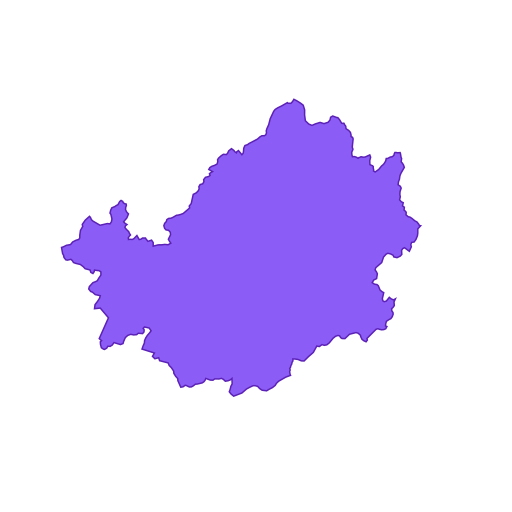 outline of Jerantut, Pahang, Malaysia, rotated 48°
{"feature_id": "92858781B18339216088795", "entity_name": "Jerantut", "entity_type": "district", "adm_level": 2, "iso_a3": "MYS", "parent_name": "Malaysia", "parent_adm1": "Pahang", "projection": "natural_earth1", "projection_center": [102.515, 4.261], "detail": "fine", "context": "isolated", "style": "filled", "palette": "violet", "viewbox_px": 512, "rotation_deg": 48, "n_neighbors": 0, "source": "geoboundaries", "source_scale": "gbopen_adm2", "svg_char_len": 6145}
<svg xmlns="http://www.w3.org/2000/svg" viewBox="0 0 512 512"><g transform="rotate(48 256 256)"><path d="M289.4,86.5L287.1,85.5L285.0,85.1L283.2,85.1L280.9,82.5L279.8,82.2L276.7,80.2L275.6,79.7L273.9,81.9L272.8,82.6L272.0,83.5L272.6,85.0L273.3,85.8L273.5,86.9L273.3,88.5L272.3,90.0L271.6,92.9L270.7,94.0L272.0,95.8L272.6,97.4L273.1,99.3L273.2,101.1L273.1,102.4L273.8,106.8L273.3,111.2L271.5,111.8L270.8,111.0L268.8,109.8L268.0,109.0L267.0,109.0L264.3,110.2L261.2,107.6L259.3,104.7L257.0,103.8L255.5,108.6L254.8,109.6L254.0,110.5L253.1,111.0L252.4,111.8L252.2,112.8L251.7,113.6L251.7,114.7L251.1,115.0L250.1,115.1L248.0,116.3L246.7,117.9L245.1,117.1L243.2,115.7L242.5,114.6L241.9,113.1L241.4,112.4L240.4,112.1L239.3,111.4L234.0,105.5L232.7,104.9L232.0,104.9L231.4,105.4L230.5,105.3L229.9,104.5L227.3,103.1L224.6,103.1L221.8,103.9L220.9,103.5L220.3,102.9L219.4,102.4L217.5,102.3L216.3,101.8L215.7,102.3L215.3,103.0L214.6,103.5L210.6,102.7L207.9,102.6L207.0,103.4L203.3,105.3L202.8,107.7L204.4,109.9L204.9,112.9L203.1,116.9L199.6,119.0L197.5,123.6L196.4,127.0L193.2,128.5L188.5,128.8L183.7,125.5L180.0,122.1L175.5,120.0L172.3,120.6L168.0,121.8L164.9,123.0L165.7,125.5L165.9,127.9L163.8,130.1L163.0,130.1L161.6,136.6L160.4,140.7L159.9,143.8L160.3,146.0L163.5,153.6L166.9,158.7L168.6,162.6L169.8,164.6L171.5,165.8L172.5,167.7L172.2,169.3L170.6,171.1L170.1,173.4L170.1,176.6L167.7,186.0L167.6,187.7L166.5,190.3L167.7,193.0L169.8,195.2L171.1,196.9L171.3,198.7L165.9,198.5L165.7,200.7L166.2,201.5L164.3,202.0L162.8,201.8L159.8,202.4L159.6,206.0L160.6,208.3L160.8,210.1L158.6,212.2L158.2,214.8L158.2,218.3L158.7,220.1L160.3,221.3L161.6,223.4L160.9,226.2L159.8,228.7L159.4,231.1L160.1,233.2L164.2,231.8L163.7,234.4L163.7,235.6L165.4,236.2L165.2,238.1L163.7,240.9L164.2,243.8L165.9,245.0L166.7,247.3L165.5,249.7L166.2,252.0L168.1,253.4L168.9,255.4L169.1,258.1L168.2,261.4L173.7,269.1L174.2,272.2L175.9,273.2L175.7,281.6L174.7,284.2L173.5,286.5L172.5,287.9L171.8,291.4L171.1,293.8L169.6,295.8L169.3,297.9L170.4,299.7L170.6,302.0L171.8,304.2L174.3,305.4L176.4,305.4L178.4,303.8L181.0,303.8L183.0,305.2L184.9,309.9L187.4,310.5L189.5,310.7L188.8,313.8L186.4,316.0L184.5,318.7L182.3,321.2L179.9,325.8L177.2,323.4L174.3,323.0L172.8,326.5L169.3,326.3L168.7,326.1L166.7,328.3L166.5,330.3L165.6,331.8L161.1,330.8L161.4,335.3L160.9,336.9L159.4,338.3L158.4,339.7L157.0,338.7L156.5,336.8L156.4,335.2L154.3,334.9L152.8,334.3L149.1,334.5L147.0,334.3L146.2,332.8L146.3,330.8L144.4,331.4L142.0,331.5L141.3,326.5L139.4,322.6L137.0,322.7L134.3,322.0L132.5,320.1L131.8,318.6L130.5,317.7L129.3,318.6L127.5,319.0L126.3,318.5L124.4,319.1L124.3,320.9L125.5,324.2L125.0,326.0L124.8,327.8L123.7,330.9L124.7,333.3L126.4,335.8L128.0,336.0L132.1,338.3L133.9,340.7L134.4,343.0L132.4,344.8L128.8,351.3L121.0,353.8L118.8,354.0L116.6,353.2L115.1,353.2L115.1,358.9L116.3,364.0L118.1,365.0L119.5,369.3L122.6,373.0L124.6,374.8L125.1,376.6L123.9,379.1L122.9,382.8L123.4,386.2L121.2,389.7L120.3,393.0L119.5,394.8L124.8,398.1L126.6,398.5L128.7,399.7L131.6,399.9L132.9,398.9L134.6,395.8L136.5,395.6L138.7,396.0L140.7,395.0L144.8,392.2L148.4,391.5L151.1,391.5L155.3,388.7L157.7,389.7L159.9,388.9L159.4,386.8L158.4,385.4L160.2,384.0L161.9,382.4L164.0,381.9L166.4,384.0L167.2,387.5L168.2,390.5L167.7,392.4L166.7,395.0L167.2,400.3L168.6,402.4L171.8,402.6L173.5,401.7L177.1,401.3L181.3,398.3L182.7,400.5L183.7,404.2L184.4,408.1L187.1,411.3L190.5,406.6L203.2,407.0L212.5,427.8L215.6,427.4L215.6,429.1L217.6,430.7L220.7,432.3L223.1,431.7L224.1,431.1L224.6,428.5L223.9,426.6L225.6,424.8L226.0,422.3L225.3,419.5L231.1,416.0L232.1,413.4L230.9,411.5L229.2,407.7L229.2,404.4L230.4,401.5L232.8,399.7L234.6,397.3L234.6,395.2L237.8,392.2L237.5,390.1L236.0,388.5L234.3,388.3L234.1,386.4L238.0,383.6L241.4,384.0L241.9,386.6L242.3,389.9L243.1,392.8L244.3,395.4L246.0,397.2L247.2,399.9L248.9,403.0L260.1,396.4L261.3,400.1L264.7,399.9L266.5,396.4L269.3,397.7L276.7,392.8L279.3,393.8L282.3,393.6L286.4,394.2L288.3,395.6L291.7,396.2L294.7,396.2L296.4,397.5L303.2,399.7L304.4,397.7L304.7,395.2L305.3,394.6L308.7,393.2L310.0,391.7L310.5,389.7L310.7,386.8L311.7,385.6L314.3,380.9L314.6,378.9L314.3,377.1L313.4,375.2L317.6,373.0L319.5,371.1L319.7,368.9L322.6,365.8L323.8,363.6L325.8,362.8L328.5,362.6L330.0,360.3L330.9,357.9L330.9,355.8L335.1,359.3L336.0,361.8L337.9,364.6L339.0,366.7L341.8,366.9L345.2,366.4L348.4,358.1L348.5,352.0L349.4,348.3L350.4,345.0L351.8,343.4L354.0,342.0L356.9,342.0L359.8,341.3L363.3,338.3L363.8,335.6L364.8,331.8L365.0,328.3L364.3,326.0L364.2,323.0L365.9,315.0L367.8,310.2L366.8,309.9L364.3,308.3L363.6,306.9L362.1,306.2L361.9,305.0L360.7,303.3L360.3,301.9L359.1,300.3L358.7,298.8L357.2,297.5L358.6,296.0L361.0,294.0L364.2,292.5L366.2,290.5L365.9,284.4L366.0,277.9L363.6,271.1L365.7,269.5L366.0,266.3L368.1,265.0L369.4,262.8L369.6,259.7L368.7,253.8L368.9,250.5L369.9,248.3L371.3,247.3L373.3,247.7L374.9,247.3L376.9,245.2L376.7,238.9L379.8,233.0L381.6,231.8L384.7,231.4L386.2,232.2L388.8,233.0L391.1,232.6L393.4,231.6L393.0,229.5L391.5,228.7L390.8,215.8L391.7,214.0L393.0,213.4L394.9,212.0L396.2,210.3L396.9,208.3L396.0,205.9L394.7,206.6L393.2,205.0L391.8,202.8L392.2,199.9L392.8,197.7L392.3,195.4L391.0,193.0L389.6,192.0L387.7,191.8L385.9,190.5L385.9,188.7L385.4,186.4L382.5,184.2L381.1,181.1L380.6,183.2L378.4,184.2L375.9,184.6L376.7,189.3L375.7,191.3L374.2,191.7L372.3,190.7L368.7,185.6L367.0,186.2L364.3,186.6L359.9,185.0L358.2,185.2L356.2,186.8L353.6,187.5L352.6,184.6L353.5,181.5L350.4,177.7L348.4,177.1L346.0,176.8L344.8,174.8L345.0,167.0L342.1,161.9L341.7,158.1L342.2,156.2L344.5,154.6L347.2,153.6L348.9,154.2L351.6,152.3L352.6,148.9L352.4,146.6L349.2,144.0L348.7,142.1L349.2,140.1L355.1,138.9L353.1,134.4L351.2,133.4L350.0,131.3L351.4,129.1L350.7,126.0L349.0,122.5L347.3,120.5L344.1,117.6L343.7,113.4L342.6,114.2L341.4,113.8L338.3,113.6L336.3,114.4L332.2,115.0L330.0,115.6L328.7,116.6L325.8,117.0L324.1,115.2L323.1,115.0L320.9,115.2L319.0,113.1L316.8,113.6L314.9,110.9L313.0,111.7L310.3,111.7L308.5,109.1L306.6,108.0L304.6,106.0L302.7,102.7L300.8,102.1L298.1,102.7L296.1,100.3L294.9,98.0L292.7,95.4L291.5,92.9L289.4,86.5Z" fill="#8b5cf6" stroke="#5b21b6" stroke-width="1.5"/></g></svg>